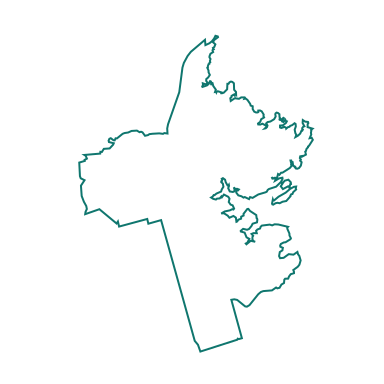 outline of Papakura Local Board Area, Auckland, New Zealand, rotated 186°
{"feature_id": "76426892B98543988194896", "entity_name": "Papakura Local Board Area", "entity_type": "district", "adm_level": 2, "iso_a3": "NZL", "parent_name": "New Zealand", "parent_adm1": "Auckland", "projection": "albers", "projection_center": [174.924, -37.061], "detail": "fine", "context": "isolated", "style": "outline", "palette": "teal", "viewbox_px": 384, "rotation_deg": 186, "n_neighbors": 0, "source": "geoboundaries", "source_scale": "gbopen_adm2", "svg_char_len": 6015}
<svg xmlns="http://www.w3.org/2000/svg" viewBox="0 0 384 384"><g transform="rotate(186 192 192)"><path d="M80.0,141.1L80.9,143.4L84.5,140.3L89.3,140.3L94.0,136.1L97.5,135.4L98.7,137.4L98.4,141.5L96.0,143.4L95.8,146.0L98.4,146.8L98.7,148.0L98.2,149.6L95.5,151.4L93.7,151.8L89.2,155.3L88.8,156.3L90.5,158.9L90.8,160.9L93.2,165.1L93.6,166.5L92.9,167.4L102.8,168.7L106.5,168.5L108.8,167.2L111.3,167.7L119.0,165.9L120.1,164.6L120.5,162.8L123.0,161.6L124.2,160.1L123.3,157.8L126.6,157.5L128.4,156.5L126.6,154.8L127.2,153.6L126.9,150.9L125.5,149.5L123.9,149.1L128.5,149.6L132.4,145.7L133.1,146.4L131.7,147.3L130.1,151.4L133.0,152.6L135.4,157.1L139.3,157.8L139.5,158.4L137.3,160.7L133.3,160.2L131.4,161.2L129.3,164.4L128.4,166.8L124.2,168.6L124.1,171.2L124.5,172.4L125.0,172.7L125.7,175.8L132.3,179.2L134.2,181.1L135.2,180.9L138.5,175.6L138.2,174.0L140.5,172.6L140.4,170.6L143.0,169.3L144.0,167.4L144.7,167.0L145.7,171.1L148.3,172.5L152.1,170.3L154.0,172.2L158.0,174.2L160.7,173.7L157.4,176.1L152.4,177.7L150.2,179.1L149.0,178.9L148.4,179.9L150.2,183.0L152.3,183.5L154.4,185.9L154.0,189.2L155.4,191.0L160.0,192.8L161.7,189.9L162.3,190.7L163.8,188.5L166.5,188.0L167.4,187.0L170.2,187.4L172.4,188.5L171.0,189.5L170.1,191.2L169.3,191.2L167.5,193.0L163.1,195.5L162.7,197.6L161.3,200.5L162.2,203.6L163.9,204.8L164.0,205.7L163.4,206.0L163.2,207.2L163.8,208.2L162.7,209.0L160.4,207.7L159.5,205.3L157.3,202.2L156.6,202.0L156.1,203.0L155.8,202.0L156.4,199.6L154.5,196.5L151.4,196.3L150.2,196.9L149.8,198.5L150.9,201.0L149.2,199.5L147.5,199.9L145.7,199.4L146.5,198.3L147.8,198.1L148.1,197.0L147.9,196.0L145.6,193.5L142.3,192.9L140.2,191.8L139.0,192.5L134.5,190.9L133.7,193.0L131.1,192.5L125.8,196.5L118.8,199.4L117.7,200.1L116.9,202.0L115.8,203.0L108.9,206.1L104.9,210.9L102.9,209.7L104.3,207.0L101.9,204.4L97.0,207.7L96.2,207.4L94.9,205.2L98.7,201.2L105.4,196.4L109.6,192.1L110.3,192.1L110.8,193.1L111.2,188.9L110.8,188.1L109.9,187.9L107.7,189.6L105.8,190.2L103.6,190.0L100.9,191.8L97.3,192.9L93.6,198.1L93.8,198.6L93.1,200.1L91.9,200.5L91.3,202.5L88.7,205.4L89.2,206.4L89.0,208.3L91.2,207.8L94.4,205.6L96.0,208.0L95.3,208.5L95.1,210.1L94.4,210.3L94.8,212.0L97.4,214.3L100.9,213.0L102.8,210.3L104.5,211.4L103.3,214.6L103.6,215.7L106.9,214.6L110.5,211.9L110.1,213.2L111.0,214.2L113.4,213.7L114.4,215.2L113.1,213.9L111.6,214.7L108.9,215.0L108.3,218.9L106.9,218.2L105.4,220.5L104.0,220.7L97.2,226.1L95.8,228.2L96.4,230.0L96.0,231.4L96.7,231.8L97.3,233.6L96.6,233.7L96.0,232.3L95.1,232.3L94.1,228.7L92.3,228.1L91.9,227.7L92.3,227.4L91.1,226.2L89.6,226.2L88.1,227.0L86.5,229.6L86.1,233.1L87.7,234.4L87.1,235.5L88.3,237.0L88.1,238.8L86.3,239.3L86.2,238.7L82.6,241.1L83.6,244.0L83.0,244.6L82.6,246.9L81.3,248.6L81.4,249.3L80.4,250.3L77.3,256.5L78.6,258.4L80.6,257.8L79.4,261.7L79.9,263.2L79.7,266.0L80.7,265.6L78.7,267.6L83.8,268.6L84.1,271.6L83.5,272.7L84.0,273.8L86.8,273.8L89.3,275.1L89.2,272.2L87.1,269.1L88.1,268.7L89.0,267.2L89.0,266.0L88.3,265.6L88.8,264.4L89.6,264.2L90.5,261.4L92.5,259.1L94.8,257.5L94.2,259.8L95.3,261.2L96.4,264.7L95.6,268.0L96.1,270.5L97.2,271.1L99.3,269.0L101.3,268.0L101.8,267.1L103.5,266.4L104.9,264.9L105.1,265.7L106.8,266.4L109.9,265.0L111.2,265.4L111.4,267.3L108.6,267.8L105.8,270.5L105.1,272.2L106.2,272.5L106.7,273.5L108.4,271.2L109.8,271.6L110.1,272.2L108.3,275.0L108.9,275.3L111.0,272.8L112.4,273.0L112.6,273.5L111.8,274.2L112.8,275.7L113.2,278.5L114.8,279.6L116.2,279.8L117.1,278.9L117.3,278.1L116.7,275.8L117.9,273.0L121.4,270.3L124.2,269.4L125.4,268.0L123.9,266.1L124.2,264.4L125.3,263.1L126.2,262.8L124.7,264.6L124.9,265.5L129.1,267.3L131.1,266.2L133.2,266.1L133.5,267.0L131.5,268.9L130.8,271.6L128.1,273.7L128.9,275.0L128.8,276.5L131.1,279.5L132.9,280.2L134.6,279.9L134.4,278.5L135.0,278.0L136.7,277.8L138.5,278.4L140.3,280.8L140.6,283.6L142.7,284.1L143.4,285.8L146.5,289.4L148.5,290.6L149.6,290.2L149.2,291.3L149.5,291.6L153.0,291.2L155.0,289.6L159.3,289.7L163.0,286.6L163.7,289.3L162.6,290.7L162.7,291.7L160.9,293.1L159.9,292.5L160.1,293.3L159.3,294.1L158.3,293.3L158.7,296.1L160.8,298.1L161.7,304.5L163.4,305.7L164.8,305.9L166.2,305.0L167.0,303.4L168.1,303.3L167.8,297.8L170.8,294.1L172.6,293.3L173.1,293.3L172.9,294.1L176.9,294.9L178.0,294.2L178.2,293.5L178.7,294.3L179.5,294.0L179.0,296.3L181.9,299.6L183.0,302.5L183.4,302.5L183.7,301.1L184.2,301.1L184.5,303.5L185.1,304.1L185.7,304.1L186.7,301.2L188.2,299.6L192.6,297.6L192.9,298.1L192.2,299.3L192.6,301.2L189.6,300.5L188.2,301.7L188.2,302.5L189.5,304.0L189.6,305.8L187.9,307.6L186.5,310.3L188.0,312.7L188.3,314.6L189.7,317.0L189.2,317.3L189.4,318.7L188.9,320.9L188.1,321.3L188.1,322.4L187.4,323.0L187.9,324.2L187.5,326.2L188.7,327.7L188.8,328.8L188.1,331.4L185.6,333.4L186.4,334.9L186.2,335.8L185.3,336.2L186.2,337.5L185.0,338.5L184.2,341.3L186.7,343.1L185.9,345.4L182.3,348.7L182.6,349.4L185.0,349.8L186.1,346.9L188.0,343.9L190.3,341.7L194.0,339.5L195.0,344.7L207.8,331.3L210.6,326.8L213.6,319.5L214.5,314.7L215.1,289.9L222.9,256.9L223.3,252.6L222.5,247.6L225.7,247.7L226.9,246.8L230.6,246.9L237.3,245.8L240.4,245.1L241.7,244.0L244.6,243.0L247.5,246.2L249.0,246.6L250.4,246.0L253.2,247.3L258.5,246.4L261.7,244.5L265.2,243.6L267.1,242.6L272.3,237.4L273.6,237.4L274.3,235.3L275.5,235.3L278.4,237.0L279.7,236.3L280.3,234.4L279.8,233.0L274.9,232.3L275.4,230.8L278.5,226.7L284.2,225.7L285.8,222.4L287.3,222.4L287.3,220.6L302.9,217.6L301.5,216.9L300.0,214.2L302.2,212.7L301.9,211.7L307.2,209.5L305.1,196.0L304.1,194.0L300.1,192.5L303.1,186.7L301.3,176.5L298.5,171.0L295.7,167.0L294.8,164.1L295.8,161.1L295.9,158.8L282.3,165.2L263.7,152.8L262.6,154.9L260.9,150.0L233.7,160.5L232.1,155.9L219.8,160.8L173.7,44.2L170.1,40.7L167.0,34.2L131.6,49.8L131.2,50.9L130.1,50.6L127.1,51.8L141.6,88.9L138.7,89.7L135.8,89.4L127.2,83.8L125.4,83.7L123.0,85.5L115.4,97.3L113.0,99.8L110.7,100.9L102.2,102.5L98.4,105.8L97.1,105.1L94.9,105.9L93.4,109.3L91.0,111.1L91.0,114.5L90.3,115.5L87.3,115.9L86.7,118.1L85.2,120.6L82.1,121.9L82.2,123.2L83.1,125.0L79.0,128.7L77.6,130.9L76.8,135.3L78.6,139.7L80.0,141.1Z" fill="none" stroke="#0f766e" stroke-width="2"/></g></svg>